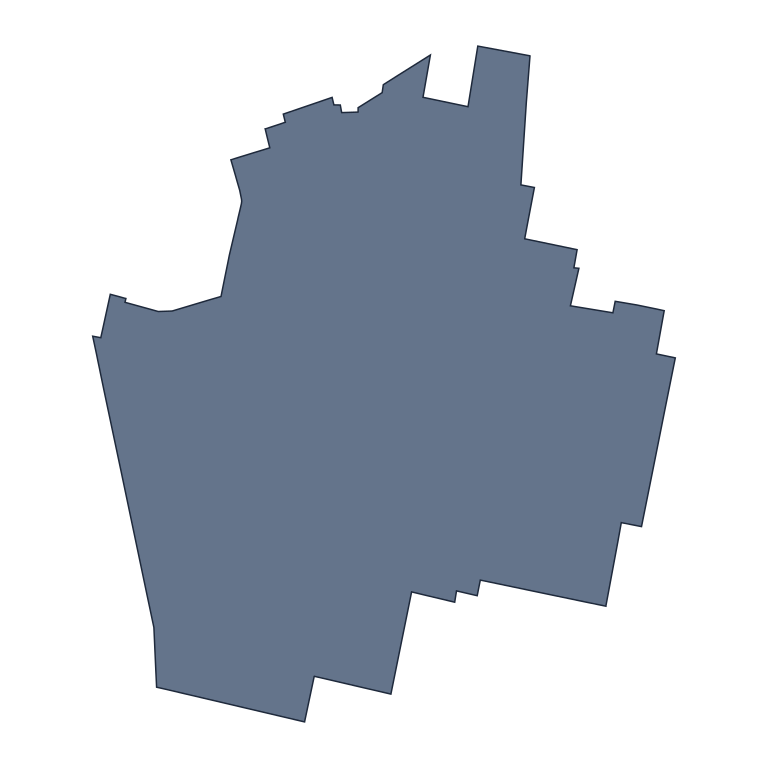 Guasayán, Santiago del Estero, Argentina (Robinson projection)
{"feature_id": "61730980B4030066976433", "entity_name": "Guasayán", "entity_type": "district", "adm_level": 2, "iso_a3": "ARG", "parent_name": "Argentina", "parent_adm1": "Santiago del Estero", "projection": "robinson", "projection_center": [-64.92, -27.96], "detail": "fine", "context": "isolated", "style": "filled", "palette": "slate", "viewbox_px": 768, "rotation_deg": 0, "n_neighbors": 0, "source": "geoboundaries", "source_scale": "gbopen_adm2", "svg_char_len": 1687}
<svg xmlns="http://www.w3.org/2000/svg" viewBox="0 0 768 768"><path d="M605.9,606.2L605.9,605.9L617.9,541.5L621.3,522.6L621.6,522.7L641.5,526.6L653.5,466.8L665.2,408.1L675.3,357.9L656.4,353.9L664.2,310.7L656.9,309.1L637.0,305.0L615.2,301.3L612.9,312.8L570.4,305.8L578.9,268.3L573.9,267.8L577.1,249.7L524.7,238.8L524.7,238.7L527.2,225.4L534.4,187.5L520.9,184.9L526.3,102.7L530.0,55.9L529.9,55.8L477.8,46.1L468.0,106.7L423.0,97.3L430.4,55.0L398.1,75.3L383.4,84.6L383.3,84.8L382.2,92.4L382.2,92.6L370.7,99.8L358.1,107.7L358.1,111.9L358.1,112.0L357.9,112.1L341.7,112.6L341.5,111.7L340.3,105.0L340.2,105.0L334.0,104.9L333.9,104.9L332.1,97.4L311.4,104.5L283.3,114.1L285.3,122.3L284.8,122.4L282.5,123.2L280.2,124.0L273.5,126.2L265.3,128.9L265.2,128.9L267.3,137.7L269.8,147.8L262.7,150.0L257.8,151.5L254.1,152.6L248.0,154.5L242.8,156.1L239.5,157.1L230.9,159.8L232.9,166.7L235.4,175.3L237.4,182.4L239.7,190.3L241.5,199.2L241.7,201.3L241.4,203.7L240.0,209.8L238.2,217.3L237.6,220.1L229.4,254.9L227.8,262.9L225.9,272.2L221.0,296.5L220.6,296.6L209.3,299.9L198.6,303.1L185.6,307.0L173.9,310.5L172.2,311.0L170.3,311.1L158.2,311.5L149.3,309.0L140.9,306.7L125.0,302.3L125.9,298.5L124.2,298.1L119.3,296.7L110.3,294.3L102.5,330.0L101.3,335.3L100.8,337.7L94.9,336.6L92.7,336.2L96.7,355.0L97.9,361.0L99.6,369.1L100.2,372.1L100.9,375.5L103.7,389.0L105.0,395.2L111.7,426.9L120.9,470.4L146.8,593.9L149.7,607.6L151.0,613.8L153.9,627.5L155.8,670.1L156.6,687.2L165.0,689.1L304.1,721.8L304.6,721.9L304.7,721.3L314.2,676.4L314.3,676.3L390.9,694.1L391.0,693.6L411.6,591.9L425.7,595.3L454.7,602.2L456.5,590.9L477.2,595.7L480.3,580.1L585.9,602.1L605.9,606.2Z" fill="#64748b" stroke="#1e293b" stroke-width="1.5"/></svg>